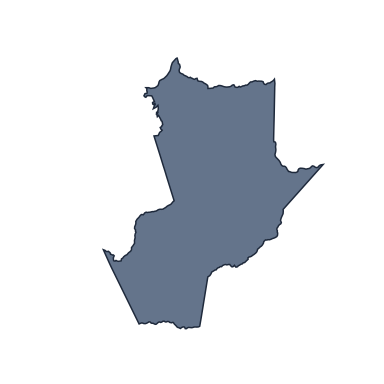 the district of Bujari, Acre, Brazil, rotated 213°
{"feature_id": "56859067B53260262834359", "entity_name": "Bujari", "entity_type": "district", "adm_level": 2, "iso_a3": "BRA", "parent_name": "Brazil", "parent_adm1": "Acre", "projection": "equal_earth", "projection_center": [-68.148, -9.602], "detail": "fine", "context": "isolated", "style": "filled", "palette": "slate", "viewbox_px": 384, "rotation_deg": 213, "n_neighbors": 0, "source": "geoboundaries", "source_scale": "gbopen_adm2", "svg_char_len": 5617}
<svg xmlns="http://www.w3.org/2000/svg" viewBox="0 0 384 384"><g transform="rotate(213 192 192)"><path d="M234.9,95.3L223.1,87.7L220.4,86.0L218.3,84.7L164.5,52.5L163.8,53.6L163.0,54.7L162.0,55.2L160.8,55.4L159.5,56.1L158.5,57.3L157.9,58.5L157.3,59.7L156.1,60.2L154.9,59.8L153.9,60.2L153.2,60.7L152.2,60.8L150.8,61.0L150.0,61.7L149.7,62.7L149.2,64.5L148.3,65.4L147.3,65.5L146.6,66.3L145.9,67.9L144.9,68.5L143.8,68.5L143.0,68.8L142.1,70.0L140.9,70.7L139.7,70.5L138.0,71.1L137.0,72.3L136.1,72.2L134.8,71.6L133.6,71.4L132.3,71.1L131.3,70.7L130.0,70.7L128.9,71.1L127.4,71.2L127.0,72.3L126.6,73.3L125.6,74.3L124.6,74.6L123.2,73.7L122.1,74.5L121.9,75.6L121.2,76.5L120.0,77.2L118.7,77.8L117.6,78.7L116.8,79.8L115.7,80.6L114.2,81.5L113.0,82.5L112.4,83.6L115.8,91.5L132.5,129.4L132.0,130.5L131.5,131.6L131.5,132.7L131.5,133.8L131.9,135.5L131.2,136.9L130.6,138.2L130.1,139.2L129.3,139.9L129.3,141.5L128.9,142.6L128.1,143.5L127.7,144.8L126.5,145.5L126.3,147.0L125.3,148.6L124.2,149.6L123.4,149.7L122.5,150.4L121.7,151.3L120.8,151.8L119.7,151.3L118.7,151.1L117.6,151.0L116.7,152.1L116.5,153.6L115.5,153.2L114.2,152.9L113.1,154.1L113.0,155.3L112.3,156.5L111.6,158.1L110.6,159.2L110.5,160.5L109.4,161.5L109.1,162.9L108.7,164.6L108.3,166.1L109.2,167.2L108.7,168.7L107.6,169.7L107.0,170.9L106.6,172.1L106.1,173.1L105.3,175.5L105.1,177.2L105.4,178.5L105.8,179.7L105.3,181.3L104.9,183.1L104.3,184.5L104.1,186.1L104.2,188.0L104.8,189.5L104.3,191.8L103.0,192.5L102.4,193.4L101.2,194.0L100.2,195.1L99.2,196.7L98.0,198.2L97.3,199.3L96.6,200.8L96.7,202.3L97.2,203.2L97.8,204.3L98.7,204.8L99.3,206.0L100.3,206.6L101.0,207.8L100.9,209.2L101.1,210.9L100.8,212.4L100.2,213.7L100.4,215.0L101.2,215.6L102.3,216.4L102.9,218.2L103.2,219.6L103.5,221.5L103.8,223.4L105.0,225.6L106.1,227.1L104.4,238.2L98.2,278.7L97.0,286.5L98.3,285.3L99.1,284.5L99.7,283.0L99.9,281.2L100.9,280.2L102.2,279.9L103.9,280.0L105.2,279.5L105.7,278.4L105.8,277.0L106.6,275.5L107.5,274.7L108.4,273.7L109.1,273.1L110.3,272.9L111.9,272.2L113.4,271.4L114.3,270.8L115.0,269.6L115.0,268.3L114.4,266.8L114.9,265.8L115.5,264.9L116.5,264.3L117.6,263.6L118.7,262.9L119.5,262.6L120.4,262.4L121.3,262.3L122.2,261.8L123.3,262.3L124.6,262.8L125.8,263.6L126.6,263.9L127.6,264.1L128.4,264.0L129.7,263.2L130.8,263.1L131.8,263.4L133.0,264.0L133.8,264.7L134.7,265.2L136.4,265.9L137.3,266.1L138.4,266.4L140.3,266.8L141.6,267.3L142.9,268.7L143.5,270.6L143.9,271.6L144.6,273.0L145.7,274.4L146.5,275.3L147.0,276.3L147.7,277.8L148.9,279.0L149.7,279.2L150.7,278.7L151.6,279.7L152.4,280.9L157.3,288.8L161.1,295.0L166.1,303.1L179.1,324.0L179.7,324.9L180.9,327.0L181.6,328.2L184.3,331.5L184.4,330.4L184.8,328.8L185.6,327.3L186.1,325.9L187.4,324.9L188.0,324.1L188.5,322.4L190.0,321.8L191.4,322.4L192.4,323.2L193.8,322.9L195.5,321.9L196.6,321.3L197.3,320.6L198.1,320.3L199.4,320.0L200.7,318.5L201.6,317.1L202.9,316.1L203.3,314.3L203.5,312.8L204.1,311.5L205.2,310.9L206.1,309.5L207.2,308.6L207.9,307.4L208.7,306.3L210.0,306.3L210.6,304.8L211.3,304.2L212.2,303.8L213.1,303.5L214.2,304.2L215.3,304.7L216.4,303.6L216.9,301.9L217.7,300.8L218.9,299.8L220.0,298.9L221.0,298.4L222.1,297.9L223.5,297.5L224.5,297.3L226.0,296.8L227.6,295.9L228.6,293.9L229.7,293.0L230.5,292.4L231.0,290.5L231.9,289.9L232.7,289.2L235.0,287.5L236.2,289.2L237.0,289.9L237.9,290.0L239.2,290.1L240.3,290.0L241.4,289.9L242.8,290.1L244.2,289.9L245.5,289.2L246.8,288.6L247.9,288.5L248.8,289.4L249.7,290.1L250.6,289.2L251.3,287.8L252.4,287.5L253.5,287.5L254.5,287.2L255.9,287.3L256.5,286.4L257.6,285.9L259.3,286.1L260.5,285.9L262.4,285.6L263.9,285.9L265.0,285.6L266.2,285.4L267.7,285.6L269.0,286.9L269.5,288.2L269.7,289.4L270.0,290.4L270.8,291.2L272.0,292.3L273.4,292.3L274.6,293.8L275.7,294.7L276.6,295.6L277.5,296.2L278.1,295.0L278.9,289.8L278.5,288.0L277.7,285.3L277.1,284.0L276.5,282.2L276.4,281.0L276.4,277.0L276.5,275.6L276.8,274.4L277.2,272.6L277.6,271.5L278.6,270.0L279.7,267.9L279.6,266.4L279.0,264.8L278.5,262.7L279.7,259.5L280.7,258.4L283.0,256.4L284.0,256.2L285.1,255.9L287.4,254.4L286.2,254.1L284.9,252.1L284.1,251.6L283.5,250.4L285.0,248.9L284.7,246.5L283.4,246.1L282.3,246.3L282.0,248.5L278.2,250.7L277.0,250.1L272.8,247.4L273.8,245.6L272.9,244.4L271.9,244.4L271.4,246.1L270.6,245.6L270.6,244.1L270.2,242.4L269.8,240.8L268.3,243.5L267.8,246.1L266.5,244.7L265.4,243.1L264.5,240.5L265.1,239.6L264.4,238.3L263.8,239.3L263.5,237.7L262.1,236.3L261.8,238.0L257.8,235.9L256.7,235.0L255.6,235.0L253.2,232.5L253.4,231.4L253.1,230.3L253.8,228.8L252.3,227.8L250.7,227.6L250.9,226.1L251.6,224.4L251.1,221.0L254.4,218.3L238.8,205.4L235.8,202.9L230.2,198.2L228.7,197.0L224.6,193.6L222.4,191.7L202.2,174.9L202.6,173.7L202.8,172.2L202.9,170.7L203.4,169.5L204.5,167.8L205.2,166.3L205.6,164.8L206.3,163.4L207.1,161.7L208.1,160.9L209.0,160.4L210.0,159.6L210.8,158.5L211.4,157.0L212.0,156.2L212.7,155.6L213.5,154.6L214.4,154.1L215.4,153.1L216.2,152.2L217.2,151.5L218.4,150.4L219.5,150.1L220.3,148.6L220.3,147.5L220.5,146.3L221.4,146.0L222.2,145.5L222.6,144.0L222.7,141.8L223.2,139.6L223.2,138.2L223.1,136.7L222.2,135.5L221.6,134.1L221.1,131.5L220.2,130.0L218.7,129.5L218.2,128.4L217.1,127.8L216.8,125.9L216.2,124.4L214.8,122.7L214.3,121.2L213.9,120.1L213.3,119.2L212.2,117.6L212.3,116.1L212.2,115.0L212.4,113.7L212.4,112.2L211.8,111.5L211.3,110.6L211.2,109.3L211.5,108.1L212.1,106.5L212.4,104.0L213.4,102.4L214.0,100.5L214.1,98.8L214.7,97.4L213.9,95.7L214.8,94.8L216.2,93.6L217.3,93.3L218.5,93.2L218.9,92.1L220.3,91.7L221.1,92.6L222.1,93.9L222.5,96.1L223.6,96.4L224.4,95.8L225.5,95.8L226.4,95.4L227.7,96.5L228.5,96.5L229.7,96.8L230.8,95.8L231.7,95.4L232.9,95.7L234.0,95.5L234.9,95.3Z" fill="#64748b" stroke="#1e293b" stroke-width="1.5"/></g></svg>